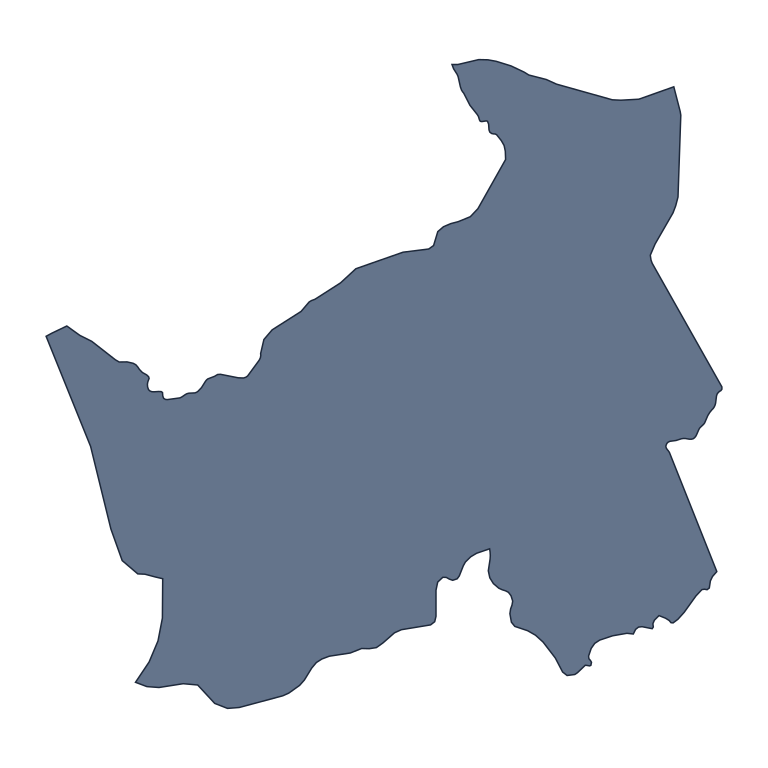 SVG path tracing the border of Logone Oriental
{"feature_id": "TCD-1485", "entity_name": "Logone Oriental", "entity_type": "Prefecture", "adm_level": 1, "iso_a3": "TCD", "parent_name": "Chad", "parent_adm1": "", "projection": "natural_earth1", "projection_center": [16.421, 8.298], "detail": "fine", "context": "isolated", "style": "filled", "palette": "slate", "viewbox_px": 768, "rotation_deg": 0, "n_neighbors": 0, "source": "natural_earth", "source_scale": "10m", "svg_char_len": 3334}
<svg xmlns="http://www.w3.org/2000/svg" viewBox="0 0 768 768"><path d="M716.8,571.6L712.5,576.5L710.4,580.9L709.3,588.0L707.1,589.7L704.4,589.2L701.9,589.6L695.9,596.0L684.2,612.3L677.9,619.3L673.1,622.9L671.0,622.7L669.2,620.5L665.5,618.2L659.0,615.6L654.4,620.2L652.9,623.7L653.3,627.0L652.2,628.7L642.1,626.7L638.5,627.1L635.6,629.4L633.3,634.0L626.9,633.3L612.6,635.8L599.7,640.1L594.7,643.4L591.2,648.4L588.6,656.0L588.9,658.7L590.4,660.4L591.5,662.3L590.9,665.3L589.7,665.9L586.1,665.3L585.2,665.3L578.0,672.2L577.2,672.9L574.8,674.5L567.1,675.5L562.6,672.0L555.3,658.0L543.1,642.1L535.5,635.2L527.6,630.7L514.8,626.4L511.4,622.2L509.9,613.7L510.6,608.9L512.0,605.1L512.7,601.1L511.0,595.7L508.4,592.3L505.5,590.8L502.3,589.8L498.8,588.2L493.4,583.6L489.8,577.8L488.3,570.8L490.1,559.0L490.3,555.5L490.1,552.0L489.6,548.8L476.5,553.3L470.7,556.8L465.4,562.0L463.3,565.8L459.3,575.9L457.2,578.8L452.7,580.3L449.3,579.1L446.3,577.4L442.8,577.3L437.7,582.1L436.0,590.2L436.0,616.3L434.7,621.7L430.6,624.9L401.4,629.7L394.5,632.8L383.0,642.9L376.4,647.6L369.2,648.7L361.6,648.5L350.3,653.0L329.3,656.2L321.9,659.0L316.4,662.5L311.7,668.1L304.4,680.0L299.6,685.4L288.8,693.1L282.8,695.8L239.2,707.5L227.5,708.4L214.7,703.4L197.7,685.0L183.2,683.7L159.0,687.5L146.9,686.6L135.5,682.3L149.1,662.0L158.0,640.9L162.4,618.1L162.7,578.7L155.4,577.0L144.9,574.2L137.8,573.9L122.2,560.6L110.9,529.0L90.6,446.4L46.1,336.3L51.8,333.2L66.8,326.0L79.9,335.4L91.7,341.3L115.4,359.8L119.2,362.0L127.1,361.9L133.2,363.3L135.9,364.8L137.8,367.0L139.4,369.4L142.4,372.5L146.7,374.9L148.6,376.7L149.1,378.4L147.8,381.9L147.4,384.3L147.6,386.9L148.5,389.6L150.0,391.0L151.9,391.7L154.0,391.8L158.6,391.5L161.2,391.6L162.5,392.5L162.8,396.1L163.7,398.4L165.4,399.4L167.3,399.6L179.8,397.9L181.2,397.3L182.5,396.5L185.4,394.5L186.9,393.7L188.8,393.2L194.9,392.9L196.5,392.3L197.9,391.4L201.5,387.6L205.4,381.4L206.5,380.0L207.8,378.9L214.6,376.3L217.6,374.5L220.5,374.3L238.2,377.8L243.5,378.0L245.9,377.2L247.6,376.0L259.2,360.2L260.4,357.7L260.8,355.3L260.6,353.7L263.9,339.5L272.2,329.8L301.1,311.4L309.1,302.0L311.4,300.6L314.9,299.3L340.5,282.9L355.9,268.7L403.0,252.2L428.7,249.0L433.6,245.5L437.8,231.6L443.5,226.7L450.8,223.6L458.1,221.7L470.3,216.7L477.9,208.7L505.6,159.5L505.3,151.2L504.1,145.5L501.3,140.6L496.6,134.7L495.2,134.0L493.4,133.9L491.6,133.5L489.8,132.1L489.0,129.9L488.6,124.1L487.5,121.3L486.2,120.9L481.8,121.6L480.3,121.3L479.5,120.0L478.4,116.4L477.3,114.6L470.0,105.4L463.7,93.1L462.6,91.8L461.5,90.0L460.4,86.9L458.1,76.6L457.1,74.3L453.6,68.8L452.0,64.5L457.9,64.5L478.7,59.6L487.9,59.8L496.2,61.3L511.0,65.9L524.3,72.2L528.8,75.0L546.3,79.5L556.4,84.1L612.3,99.8L620.9,100.2L638.8,99.2L673.8,86.8L680.2,111.5L680.8,115.2L678.0,197.0L675.7,205.8L673.0,212.9L655.1,244.0L650.3,255.2L651.0,260.0L652.2,263.3L721.9,386.9L721.9,389.2L720.9,390.6L719.5,391.4L718.2,392.6L717.1,394.1L716.5,396.0L715.6,403.2L715.0,405.3L714.2,407.0L713.2,408.5L711.9,409.8L709.7,412.5L707.8,415.6L704.7,422.8L703.7,424.2L699.9,427.8L698.9,429.4L696.6,434.7L695.7,436.4L694.5,437.8L693.1,438.8L691.4,439.2L689.4,439.2L685.3,438.5L683.2,438.5L681.3,438.8L676.0,440.5L670.0,441.3L668.2,442.1L666.8,443.5L665.8,446.1L666.2,447.9L667.2,449.5L668.3,450.8L669.4,452.4L716.8,571.5L716.8,571.6Z" fill="#64748b" stroke="#1e293b" stroke-width="1.5"/></svg>